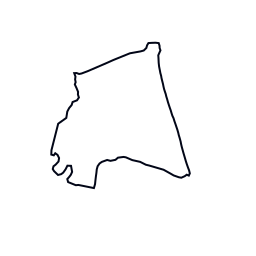 outline of Piaçabuçu, Alagoas, Brazil, rotated 314°
{"feature_id": "56859067B23765028876070", "entity_name": "Piaçabuçu", "entity_type": "district", "adm_level": 2, "iso_a3": "BRA", "parent_name": "Brazil", "parent_adm1": "Alagoas", "projection": "mercator", "projection_center": [-36.4, -10.401], "detail": "fine", "context": "isolated", "style": "outline", "palette": "ink", "viewbox_px": 256, "rotation_deg": 314, "n_neighbors": 0, "source": "geoboundaries", "source_scale": "gbopen_adm2", "svg_char_len": 1642}
<svg xmlns="http://www.w3.org/2000/svg" viewBox="0 0 256 256"><g transform="rotate(314 128 128)"><path d="M134.9,56.7L132.9,55.3L131.8,52.8L130.1,51.2L128.5,54.5L126.2,56.2L124.6,58.5L122.4,59.5L120.9,63.4L119.3,67.0L117.3,68.7L115.8,71.5L112.5,72.1L108.2,70.1L105.4,71.5L101.5,71.8L97.7,72.9L92.4,76.6L82.6,74.8L58.8,88.4L55.6,91.3L56.8,93.6L59.3,93.2L59.7,96.0L58.5,99.3L55.6,101.3L51.3,101.4L48.7,101.0L46.2,102.4L45.6,104.8L45.6,110.3L48.4,112.0L50.9,112.4L54.9,111.8L58.8,110.6L61.2,113.3L57.6,118.3L54.5,119.4L51.8,119.7L49.1,119.8L47.5,122.5L50.6,130.2L52.6,131.9L61.1,145.2L64.7,143.3L67.5,141.1L71.2,138.3L73.7,136.5L76.5,134.3L79.4,132.7L82.7,132.2L85.4,132.7L90.5,135.2L92.2,138.2L96.4,141.1L99.7,141.4L104.1,144.9L105.4,146.8L107.9,153.4L112.1,160.3L114.0,166.4L115.6,169.1L122.7,182.6L124.9,190.9L125.6,193.8L127.9,198.8L129.3,200.9L132.8,202.3L135.2,202.7L136.0,204.8L138.3,204.0L140.0,201.3L141.2,198.7L142.8,195.5L144.3,192.7L146.7,188.5L148.4,185.5L150.1,182.6L151.7,179.9L153.3,177.4L154.8,175.3L156.7,172.1L158.2,169.4L159.5,167.4L161.0,164.8L162.6,161.7L163.8,159.4L165.1,156.8L166.7,153.9L167.6,151.5L168.7,149.4L170.3,146.6L171.7,143.8L172.9,141.5L174.4,138.7L176.0,136.0L177.3,133.6L178.6,131.6L180.0,128.9L181.2,126.7L182.5,124.7L183.9,122.7L185.5,120.1L187.2,117.4L188.6,115.5L190.0,113.1L191.3,111.3L193.8,107.7L196.2,104.8L198.0,102.9L199.6,101.2L201.3,99.3L203.9,98.3L206.4,97.4L207.5,95.2L209.1,93.5L210.4,91.1L208.5,88.6L205.6,85.8L203.3,83.7L200.7,84.3L198.3,85.6L194.7,85.5L191.8,83.8L183.1,77.5L169.6,71.5L166.4,70.1L160.9,67.9L140.8,59.5L134.9,56.7Z" fill="none" stroke="#020617" stroke-width="2"/></g></svg>